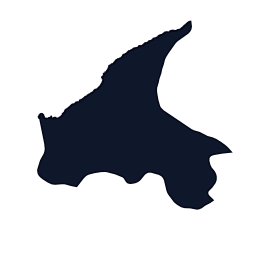 Distrito Nacional, Distrito Nacional, Dominican Republic (orthographic projection), rotated 169°
{"feature_id": "3306468B63097535879723", "entity_name": "Distrito Nacional", "entity_type": "district", "adm_level": 2, "iso_a3": "DOM", "parent_name": "Dominican Republic", "parent_adm1": "Distrito Nacional", "projection": "orthographic", "projection_center": [-69.932, 18.483], "detail": "fine", "context": "isolated", "style": "filled", "palette": "ink", "viewbox_px": 256, "rotation_deg": 169, "n_neighbors": 0, "source": "geoboundaries", "source_scale": "gbopen_adm2", "svg_char_len": 5923}
<svg xmlns="http://www.w3.org/2000/svg" viewBox="0 0 256 256"><g transform="rotate(169 128 128)"><path d="M46.2,220.7L47.6,220.7L47.6,220.3L48.4,220.3L48.4,219.9L49.2,219.9L49.2,219.5L50.0,219.5L50.0,219.1L50.7,219.1L50.7,218.6L51.2,218.6L51.2,218.2L52.3,218.2L52.3,217.8L53.1,217.8L53.1,217.4L53.5,217.4L53.5,217.0L54.3,217.0L54.3,216.5L54.7,216.5L54.7,216.1L55.9,216.1L55.9,215.7L56.3,215.7L56.3,215.3L57.1,215.3L57.1,214.9L60.7,214.9L60.7,214.4L61.9,214.4L61.9,214.0L62.7,214.0L62.7,214.4L64.3,214.4L64.3,214.9L65.5,214.9L65.5,215.3L67.5,215.3L67.5,214.9L68.3,214.9L68.3,214.4L71.5,214.4L71.5,214.9L73.5,214.9L73.5,214.4L74.3,214.4L74.3,214.0L75.1,214.0L75.1,213.6L75.9,213.6L75.9,213.2L77.0,213.2L77.0,212.8L77.5,212.8L77.5,213.2L78.6,213.2L78.6,212.8L80.2,212.8L80.2,212.4L80.6,212.4L80.6,211.9L81.0,211.9L81.0,211.5L82.6,211.5L82.6,211.1L85.8,211.1L85.8,210.7L86.2,210.7L86.2,210.3L86.6,210.3L86.6,209.8L87.8,209.8L87.8,209.4L90.6,209.4L90.6,209.0L91.0,209.0L91.0,208.6L91.8,208.6L91.8,208.2L92.6,208.2L92.6,207.7L94.2,207.7L94.2,208.2L95.0,208.2L95.0,207.7L95.8,207.7L95.8,207.3L96.2,207.3L96.2,206.9L97.0,206.9L97.0,206.5L97.8,206.5L97.8,206.1L98.2,206.1L98.2,205.6L99.4,205.6L99.4,206.1L100.6,206.1L100.6,206.5L101.4,206.5L101.4,206.1L101.8,206.1L101.8,205.6L102.2,205.6L102.2,205.2L104.6,205.2L104.6,204.8L106.1,204.8L106.1,205.2L106.9,205.2L106.9,204.8L107.7,204.8L107.7,204.4L108.5,204.4L108.5,204.0L110.1,204.0L110.1,203.5L112.5,203.5L112.5,203.1L112.9,203.1L112.9,202.7L113.7,202.7L113.7,202.3L114.1,202.3L114.1,201.9L114.9,201.9L114.9,201.4L116.1,201.4L116.1,201.0L118.5,201.0L118.5,200.2L119.3,200.2L119.3,199.3L119.7,199.3L119.7,198.9L120.5,198.9L120.5,198.5L120.9,198.5L120.9,198.1L122.5,198.1L122.5,197.7L124.9,197.7L124.9,197.2L126.1,197.2L126.1,196.8L126.9,196.8L126.9,196.4L127.3,196.4L127.3,196.0L127.7,196.0L127.7,195.6L128.1,195.6L128.1,195.1L128.9,195.1L128.9,194.7L129.3,194.7L129.3,194.3L129.7,194.3L129.7,193.9L131.6,193.9L131.6,193.5L132.4,193.5L132.4,193.0L134.0,193.0L134.0,192.6L134.8,192.6L134.8,191.4L135.2,191.4L135.2,190.9L135.6,190.9L135.6,189.7L136.4,189.7L136.4,189.3L136.8,189.3L136.8,188.4L137.6,188.4L137.6,188.0L138.0,188.0L138.0,187.2L139.6,187.2L139.6,186.3L140.8,186.3L140.8,185.9L141.6,185.9L141.6,184.2L142.0,184.2L142.0,183.8L142.4,183.8L142.4,183.4L142.8,183.4L142.8,183.0L144.0,183.0L144.0,182.5L143.6,182.5L143.6,182.1L143.2,182.1L143.2,181.7L143.6,181.7L143.6,181.3L143.2,181.3L143.2,179.2L143.6,179.2L143.6,178.3L144.0,178.3L144.0,177.9L144.4,177.9L144.4,177.1L144.8,177.1L144.8,176.7L145.2,176.7L145.2,176.2L145.6,176.2L145.6,175.8L146.0,175.8L146.0,175.4L146.4,175.4L146.4,175.0L146.8,175.0L146.8,174.5L147.2,174.5L147.2,174.1L148.0,174.1L148.0,173.7L148.4,173.7L148.4,173.3L149.2,173.3L149.2,172.9L149.6,172.9L149.6,172.4L150.4,172.4L150.4,172.0L152.8,172.0L152.8,171.6L153.6,171.6L153.6,171.2L154.0,171.2L154.0,170.8L154.4,170.8L154.4,170.4L154.8,170.4L154.8,169.9L156.0,169.9L156.0,169.5L157.2,169.5L157.2,169.1L157.9,169.1L157.9,168.7L159.5,168.7L159.5,168.2L160.7,168.2L160.7,167.8L161.5,167.8L161.5,167.4L161.9,167.4L161.9,167.0L163.9,167.0L163.9,166.6L164.3,166.6L164.3,166.1L165.1,166.1L165.1,165.7L165.9,165.7L165.9,165.3L166.7,165.3L166.7,164.9L167.1,164.9L167.1,164.5L167.5,164.5L167.5,164.9L168.3,164.9L168.3,164.5L169.9,164.5L169.9,164.0L170.3,164.0L170.3,163.2L170.7,163.2L170.7,162.8L172.7,162.8L172.7,163.2L173.9,163.2L173.9,162.8L174.3,162.8L174.3,162.4L175.1,162.4L175.1,161.9L176.3,161.9L176.3,161.5L177.1,161.5L177.1,161.9L177.9,161.9L177.9,161.5L178.7,161.5L178.7,161.1L179.5,161.1L179.5,160.7L179.9,160.7L179.9,160.3L180.7,160.3L180.7,159.8L181.5,159.8L181.5,159.4L182.2,159.4L182.2,159.0L183.0,159.0L183.0,158.6L183.8,158.6L183.8,158.2L185.0,158.2L185.0,157.7L185.8,157.7L185.8,157.3L186.2,157.3L186.2,156.9L186.6,156.9L186.6,156.1L187.0,156.1L187.0,155.6L187.4,155.6L187.4,155.2L188.2,155.2L188.2,154.8L188.6,154.8L188.6,154.4L189.4,154.4L189.4,154.0L189.8,154.0L189.8,152.7L190.6,152.7L190.6,152.3L191.4,152.3L191.4,151.9L192.2,151.9L192.2,151.4L192.6,151.4L192.6,151.0L193.0,151.0L193.0,151.4L193.4,151.4L193.4,151.0L197.0,151.0L197.0,151.9L197.8,151.9L197.8,152.3L198.6,152.3L198.6,151.9L199.0,151.9L199.0,151.4L200.2,151.4L200.2,151.9L201.8,151.9L201.8,152.7L201.0,152.7L201.0,154.0L201.4,154.0L201.4,153.1L203.8,153.1L203.8,152.7L206.6,152.7L206.6,153.1L207.8,153.1L207.8,153.5L208.5,153.5L208.5,154.4L208.9,154.4L208.9,154.8L208.2,154.8L208.2,155.2L208.5,155.2L208.5,156.9L209.0,156.9L209.0,157.3L209.3,157.3L209.3,158.2L210.5,158.2L210.5,158.6L210.9,158.6L210.9,158.2L211.7,158.2L211.7,157.7L212.1,157.7L212.1,157.3L212.9,157.3L212.9,156.1L213.7,156.1L213.7,154.8L214.1,154.8L212.7,154.6L212.5,128.7L213.0,123.1L214.1,120.1L215.2,118.3L219.9,112.7L223.9,105.2L224.6,103.5L224.7,100.6L224.1,98.6L223.0,96.8L220.9,94.3L216.8,90.4L213.3,87.9L210.3,86.9L203.2,86.1L200.3,85.4L194.3,82.4L189.6,80.5L181.7,87.4L179.1,89.2L177.1,90.1L175.0,90.5L169.5,90.8L162.9,90.6L158.6,89.9L156.6,89.2L148.9,85.5L142.2,81.1L141.2,79.8L139.8,76.1L138.9,74.6L137.4,73.7L135.6,73.2L131.7,73.1L128.7,73.7L126.0,75.1L121.2,79.1L119.5,80.2L116.7,81.0L113.8,80.5L106.4,76.8L104.2,75.0L103.1,73.5L102.3,71.6L101.9,69.5L101.5,59.5L101.2,57.4L100.6,55.4L96.4,46.7L93.7,43.5L90.5,40.7L87.7,39.3L81.9,37.9L76.0,35.5L74.1,35.3L71.3,35.8L67.3,37.7L61.7,39.4L58.3,40.9L62.0,46.3L62.4,48.0L62.2,49.7L61.3,51.1L57.0,54.0L53.2,57.6L51.6,60.2L50.9,63.2L50.9,65.2L51.3,67.2L51.9,69.0L54.1,73.1L54.9,76.3L55.1,80.5L54.3,83.4L53.6,84.2L51.9,85.3L49.0,85.8L40.3,85.6L31.3,84.8L34.1,89.4L35.8,91.7L39.2,95.4L43.6,99.6L46.7,101.8L51.9,104.4L58.7,109.8L64.0,112.5L66.4,114.3L90.2,138.1L92.5,141.6L93.0,143.4L93.5,149.4L93.4,156.4L93.1,159.4L92.4,162.2L89.8,167.2L88.3,170.8L85.5,175.6L84.0,179.3L81.3,184.1L79.2,188.6L77.4,191.0L74.6,194.0L65.6,202.6L63.1,204.3L51.0,209.8L48.8,211.5L47.6,213.0L46.6,215.5L46.2,220.7Z" fill="#0f172a" stroke="#020617" stroke-width="1.5"/></g></svg>